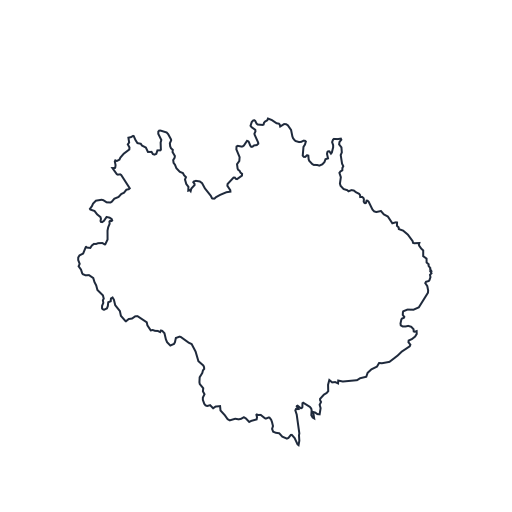 map outline of Hunan (Natural Earth projection), rotated 133°
{"feature_id": "CHN-1808", "entity_name": "Hunan", "entity_type": "Province", "adm_level": 1, "iso_a3": "CHN", "parent_name": "China", "parent_adm1": "", "projection": "natural_earth1", "projection_center": [111.592, 27.371], "detail": "fine", "context": "isolated", "style": "outline", "palette": "slate", "viewbox_px": 512, "rotation_deg": 133, "n_neighbors": 0, "source": "natural_earth", "source_scale": "10m", "svg_char_len": 6138}
<svg xmlns="http://www.w3.org/2000/svg" viewBox="0 0 512 512"><g transform="rotate(133 256 256)"><path d="M137.2,186.5L139.1,178.6L136.0,176.7L135.3,175.7L137.8,173.5L137.8,171.2L138.9,169.9L137.1,165.7L136.8,159.5L138.3,151.6L139.3,150.1L138.7,148.9L135.1,145.4L136.7,144.6L137.2,143.6L137.9,140.2L137.9,137.5L142.1,133.6L141.6,129.5L144.4,126.8L144.3,124.1L145.5,123.1L146.0,120.2L146.8,119.8L147.4,117.6L148.3,118.1L148.9,115.9L151.1,115.9L152.5,114.0L155.3,112.7L156.5,112.6L158.9,114.1L160.4,113.7L161.2,110.2L163.8,106.6L165.6,105.2L182.5,101.9L187.9,104.2L191.9,108.7L196.0,110.6L196.8,110.3L199.0,108.5L199.4,106.0L200.4,105.7L202.3,106.6L203.3,106.4L206.8,104.3L208.0,102.8L207.5,100.7L205.6,98.6L203.3,97.0L201.9,94.2L202.1,90.9L203.6,89.2L203.2,88.3L201.4,87.3L203.4,85.3L206.4,84.7L210.4,85.3L213.7,86.7L215.1,85.7L215.6,82.6L217.2,82.0L226.5,84.2L232.2,84.5L242.4,86.2L248.6,90.8L250.3,93.0L254.4,92.1L260.2,94.3L265.3,94.7L269.1,93.0L274.4,96.5L277.9,97.4L288.6,106.9L291.0,110.9L293.2,109.1L294.2,112.1L296.5,114.1L296.7,117.8L301.0,115.5L305.6,111.0L308.0,110.9L311.1,111.8L316.8,111.7L317.8,110.7L318.4,108.9L321.4,108.0L323.2,105.0L328.4,101.5L329.8,103.3L330.1,105.9L331.1,107.8L335.1,102.7L335.5,104.4L334.7,107.0L331.0,110.0L329.9,111.6L329.6,113.7L331.1,121.4L332.0,121.6L334.9,119.0L336.2,118.9L336.8,119.6L337.1,123.5L337.9,123.8L338.4,123.5L338.5,121.2L338.9,120.5L340.7,122.4L342.1,121.9L344.2,118.1L356.2,103.3L357.8,102.3L361.6,98.3L365.3,95.9L365.4,97.2L362.8,103.6L362.4,107.8L363.1,108.5L367.0,108.2L368.5,108.9L370.2,113.6L369.8,118.1L371.8,121.0L372.8,123.6L371.5,126.3L368.8,127.6L366.5,131.1L365.4,133.3L365.0,135.9L365.3,136.5L368.2,137.9L368.6,138.9L369.0,144.1L370.7,145.9L371.4,147.4L371.9,147.4L373.2,145.3L375.1,144.1L379.8,147.0L382.0,147.8L381.7,152.7L382.2,154.9L385.3,155.9L387.3,157.3L389.2,160.2L394.1,163.1L394.7,165.5L393.7,170.3L393.2,176.6L390.3,179.9L393.7,182.9L396.6,183.5L396.4,187.8L399.0,189.4L399.7,191.0L399.4,193.0L397.5,196.7L395.8,198.3L392.2,199.4L391.2,202.5L388.7,204.4L388.0,209.8L386.9,211.3L383.1,214.5L378.2,215.5L375.8,216.8L373.9,216.9L372.7,218.2L372.0,219.8L372.2,226.4L367.1,235.0L364.3,243.0L365.3,246.1L366.5,255.7L367.1,256.9L370.6,258.7L374.3,256.5L376.2,256.0L379.9,257.6L379.7,262.2L378.4,265.1L374.9,270.3L374.7,273.5L375.3,274.7L377.0,274.2L377.8,276.7L379.6,278.8L380.6,281.1L382.2,282.2L380.8,288.1L379.0,290.7L380.8,301.6L382.5,303.2L386.3,304.0L388.9,306.1L392.5,306.6L392.6,307.2L391.9,314.0L389.1,318.0L388.0,325.4L384.9,330.1L384.2,332.6L386.0,333.1L388.2,331.4L390.6,332.5L393.7,330.2L396.0,329.3L399.0,330.5L399.5,332.0L399.2,333.0L397.4,334.6L394.4,335.7L392.8,337.8L391.0,338.3L389.2,341.1L389.0,348.8L386.5,352.8L385.2,356.4L383.1,360.0L383.9,365.1L386.3,367.4L387.4,370.2L387.2,371.3L385.3,374.7L384.5,378.7L382.0,379.6L380.2,383.3L378.3,385.0L375.9,385.5L372.1,384.1L365.5,386.6L365.2,386.5L365.1,385.3L363.1,382.7L360.3,383.2L357.7,382.8L356.3,381.2L354.3,380.2L351.3,377.2L350.7,374.5L350.3,374.2L345.2,375.8L338.7,381.9L335.8,383.7L332.3,385.0L330.7,386.7L329.8,386.7L329.0,385.5L328.1,385.4L327.4,386.8L327.8,389.2L329.4,391.9L334.0,391.2L336.1,391.6L336.8,392.6L336.4,393.6L334.6,394.7L333.6,396.3L333.9,400.6L333.2,404.8L335.0,408.8L334.8,409.6L331.4,410.0L328.8,410.9L324.7,410.8L320.2,407.3L319.3,405.7L318.6,401.8L316.1,398.9L314.7,398.5L310.7,398.7L306.6,396.8L302.5,396.8L299.8,395.7L295.9,396.0L293.9,394.6L292.6,394.5L288.7,409.8L288.9,411.0L290.8,412.6L291.1,413.6L289.6,421.0L287.9,419.2L287.1,419.4L285.3,420.7L283.2,423.7L282.0,424.1L281.5,422.6L278.7,421.6L276.5,422.3L271.4,422.5L264.5,421.3L262.9,422.6L261.8,425.9L259.5,426.2L256.5,430.0L254.3,428.5L252.0,427.8L251.7,427.2L253.4,423.2L254.3,419.7L252.5,416.8L253.0,414.7L251.8,410.5L253.6,406.0L251.1,403.4L251.8,400.9L251.1,399.4L249.3,398.6L246.0,400.1L243.9,398.0L243.1,398.1L238.1,403.1L235.7,404.4L233.3,410.8L231.6,412.3L230.3,412.3L229.4,411.4L226.6,405.6L226.8,403.3L228.7,397.6L229.3,396.9L232.3,395.9L234.3,393.6L235.2,391.6L235.1,389.3L236.9,387.9L238.2,383.5L239.7,382.5L242.3,382.0L244.1,379.8L244.5,377.5L246.1,374.1L246.4,369.2L245.2,366.0L246.0,363.7L246.1,361.0L248.5,360.1L250.9,356.1L251.5,352.6L254.4,350.1L253.0,349.4L253.2,348.0L250.8,349.3L246.0,349.3L245.2,350.1L244.8,352.2L243.9,352.3L242.0,351.2L239.8,347.9L239.5,345.1L241.4,339.5L242.8,330.1L243.8,327.5L243.5,326.8L242.3,325.5L240.3,325.4L235.7,323.9L229.5,321.1L226.4,318.6L225.4,319.7L224.2,324.8L222.7,325.9L214.0,325.9L213.1,325.0L213.3,323.3L212.7,322.3L206.8,321.1L205.4,322.2L205.6,324.2L204.9,326.1L205.1,327.9L204.6,329.1L201.8,332.5L197.9,333.0L194.9,335.4L191.4,343.1L189.2,344.9L187.9,344.5L185.7,341.0L184.9,340.5L183.5,340.2L177.9,341.1L177.4,339.8L177.6,338.8L179.2,335.5L179.4,333.9L178.4,333.1L176.4,332.8L174.4,331.1L172.3,330.9L171.5,331.9L168.2,339.8L167.6,340.6L165.2,341.4L164.2,342.6L164.8,347.0L164.5,348.8L160.9,350.5L158.9,350.5L157.9,349.9L157.7,348.8L158.8,345.8L158.7,344.4L155.6,340.5L154.7,340.1L153.1,341.0L151.6,341.1L149.0,340.3L147.3,341.0L145.8,337.2L144.9,331.5L143.6,329.5L143.7,328.3L144.8,326.6L140.3,325.4L139.1,323.9L138.7,321.9L139.9,316.3L143.7,311.0L144.6,309.2L145.0,306.6L144.9,305.4L143.3,302.2L141.7,300.8L139.1,299.8L138.3,298.6L138.3,297.6L141.1,296.2L143.8,295.7L150.7,290.3L150.9,288.7L150.0,287.6L147.5,287.4L146.9,286.2L149.4,283.4L150.1,282.0L150.4,277.6L150.0,275.9L147.7,273.3L146.7,271.3L143.7,270.0L140.6,270.0L137.8,271.2L135.5,269.9L132.9,273.7L131.3,274.7L130.2,274.6L129.4,273.7L130.0,271.0L128.6,271.1L123.9,273.7L122.3,275.2L120.8,278.0L118.4,279.0L117.3,278.9L114.7,275.9L112.3,274.0L112.8,272.9L115.7,272.7L117.7,271.3L118.3,267.6L121.7,263.9L124.4,262.9L129.8,256.0L130.8,253.4L132.6,252.9L134.5,251.3L136.5,251.9L138.3,251.7L140.5,247.7L145.8,244.0L147.0,242.0L147.3,237.6L145.6,234.1L145.6,232.5L142.7,231.1L141.4,229.1L141.2,226.4L140.2,223.0L140.5,221.4L141.8,220.0L140.4,218.6L140.3,217.0L140.9,215.8L142.8,214.3L143.2,212.9L143.0,212.2L142.2,211.8L140.1,212.9L139.5,212.2L139.5,210.6L142.6,202.5L142.8,200.0L141.8,198.0L137.9,195.3L138.4,190.9L137.2,186.5Z" fill="none" stroke="#1e293b" stroke-width="2"/></g></svg>